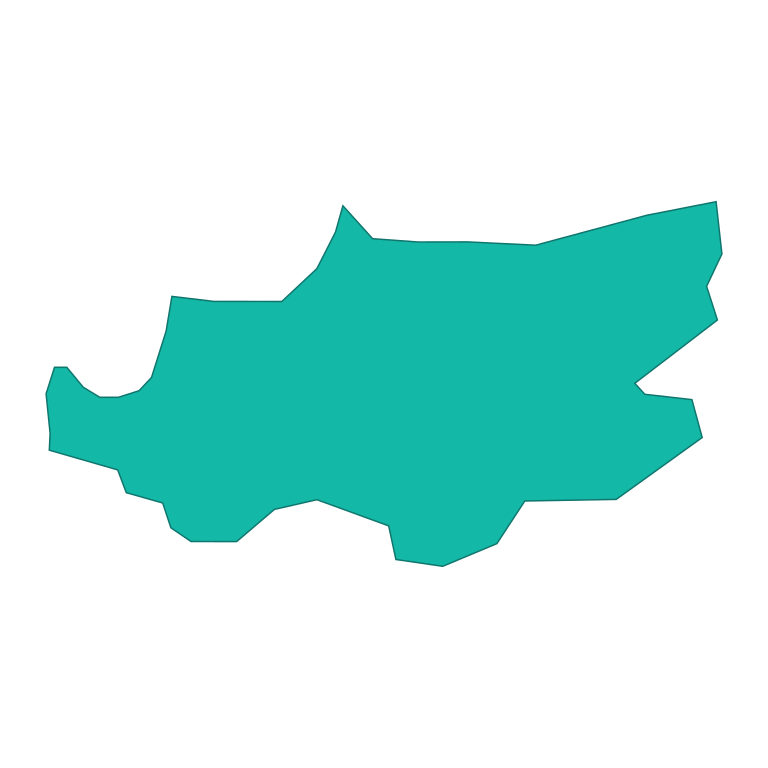 SVG path tracing the border of Bath and North East Somerset
{"feature_id": "GBR-2043", "entity_name": "Bath and North East Somerset", "entity_type": "Unitary Authority", "adm_level": 1, "iso_a3": "GBR", "parent_name": "United Kingdom", "parent_adm1": "", "projection": "albers", "projection_center": [-2.517, 51.347], "detail": "fine", "context": "isolated", "style": "filled", "palette": "teal", "viewbox_px": 768, "rotation_deg": 0, "n_neighbors": 0, "source": "natural_earth", "source_scale": "10m", "svg_char_len": 665}
<svg xmlns="http://www.w3.org/2000/svg" viewBox="0 0 768 768"><path d="M702.2,437.5L616.2,499.4L524.8,501.0L496.9,543.6L442.7,566.3L395.9,559.5L388.7,525.9L316.9,499.7L274.4,509.4L236.6,541.6L191.0,541.5L170.9,527.8L162.7,503.0L126.3,492.7L117.7,469.9L49.3,450.2L50.1,433.5L46.1,393.8L54.5,367.3L66.8,367.3L83.3,387.3L99.8,397.3L118.4,397.3L139.1,390.7L151.5,377.5L166.1,331.2L171.9,296.4L213.6,301.4L281.8,301.5L316.9,268.6L335.5,232.1L342.9,205.8L372.6,238.7L418.1,242.0L467.6,241.9L535.7,245.2L647.0,215.2L716.1,201.7L721.9,254.0L706.6,286.3L717.4,320.0L634.8,383.3L644.8,394.3L691.9,399.6L702.2,437.5Z" fill="#14b8a6" stroke="#0f766e" stroke-width="1.5"/></svg>